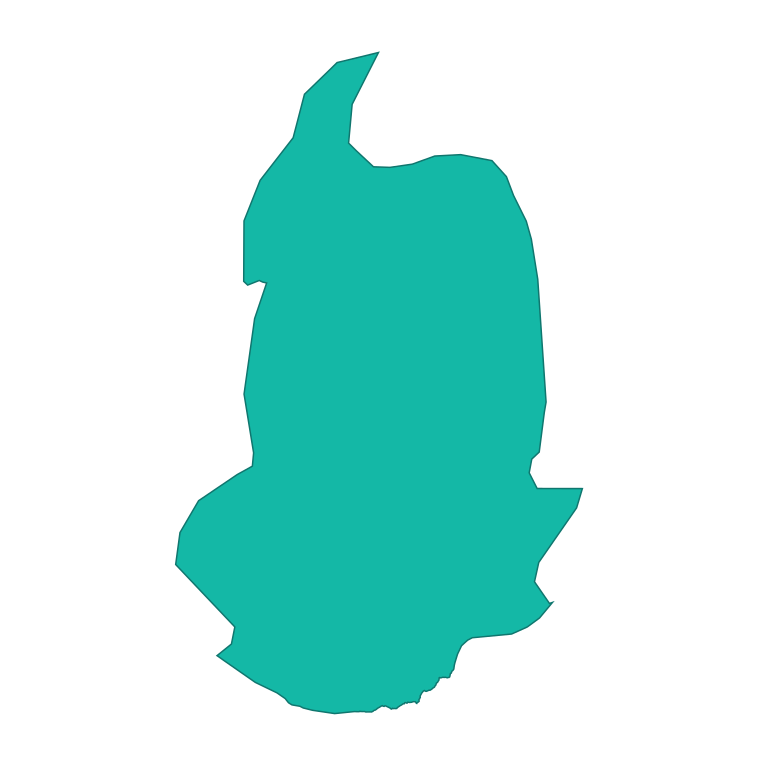 the district of Krachi West, Volta, Ghana, rotated 182°
{"feature_id": "2480657B78422611914106", "entity_name": "Krachi West", "entity_type": "district", "adm_level": 2, "iso_a3": "GHA", "parent_name": "Ghana", "parent_adm1": "Volta", "projection": "robinson", "projection_center": [-0.041, 7.895], "detail": "fine", "context": "isolated", "style": "filled", "palette": "teal", "viewbox_px": 768, "rotation_deg": 182, "n_neighbors": 0, "source": "geoboundaries", "source_scale": "gbopen_adm2", "svg_char_len": 2300}
<svg xmlns="http://www.w3.org/2000/svg" viewBox="0 0 768 768"><g transform="rotate(182 384 384)"><path d="M541.4,106.7L533.0,101.2L502.2,81.3L480.2,71.6L471.8,66.2L468.3,62.1L464.8,60.1L456.8,59.0L453.4,57.4L444.0,55.4L421.8,52.9L402.2,55.6L398.5,55.6L397.3,55.7L396.6,56.1L396.1,55.9L393.9,55.9L392.0,56.0L390.8,55.6L386.7,55.8L385.0,55.8L383.6,56.5L382.7,57.4L381.2,57.9L379.9,58.9L379.4,59.5L377.8,60.5L377.2,60.8L376.4,61.4L375.0,62.3L374.3,62.5L373.8,62.0L372.6,61.8L371.8,62.5L370.8,62.2L366.9,60.5L365.6,59.5L365.0,59.4L364.7,59.8L364.1,60.2L363.5,59.9L362.3,60.1L361.5,60.0L360.8,60.0L359.9,60.2L359.3,61.1L358.2,61.9L356.6,63.1L355.3,63.8L353.8,65.0L352.5,65.2L352.3,65.8L352.0,66.3L351.6,66.4L350.9,66.2L350.4,65.9L349.6,66.0L349.2,66.8L348.9,66.8L348.0,66.7L347.0,66.6L346.3,66.8L345.2,66.9L344.2,67.4L343.3,67.6L342.9,67.5L341.7,67.6L341.2,67.1L340.9,66.7L340.5,66.0L340.1,65.9L339.8,66.7L339.2,67.0L338.2,67.7L337.8,68.3L337.9,68.7L338.1,69.6L337.8,70.3L337.4,70.6L337.3,71.2L336.8,72.0L336.9,72.7L337.0,73.4L335.4,76.6L333.9,78.5L333.0,79.1L332.3,78.6L331.3,78.3L330.7,78.4L328.2,79.6L327.4,79.5L325.7,80.6L324.5,81.8L323.0,82.8L322.5,84.0L321.8,84.7L321.1,87.1L320.1,87.6L319.7,88.6L318.9,89.7L318.7,90.7L318.6,92.3L318.0,92.6L317.5,92.3L316.5,92.4L316.1,92.6L314.8,93.0L313.7,92.8L312.6,93.1L311.0,92.7L310.3,92.6L309.4,93.0L308.8,93.0L308.1,93.6L307.5,97.0L306.6,97.5L306.2,99.2L305.1,100.2L304.3,101.5L303.9,105.4L303.4,107.9L301.3,115.8L301.0,116.8L297.7,124.4L297.4,125.1L294.8,127.7L291.5,130.9L286.9,133.5L247.7,138.6L232.3,146.2L220.4,155.6L208.0,171.6L211.0,170.5L219.5,181.9L226.7,191.6L223.1,211.1L187.2,266.9L182.1,286.4L227.3,284.9L235.8,300.3L233.7,314.1L226.5,321.4L222.8,361.1L221.4,371.6L234.0,494.1L241.8,533.9L247.5,551.7L261.1,576.9L268.9,595.5L283.9,611.0L315.4,615.9L341.2,613.6L363.4,604.7L385.6,600.7L402.1,600.7L419.9,616.2L427.8,623.5L425.6,662.4L401.1,715.1L442.1,703.6L449.7,695.6L473.6,670.8L480.2,641.1L483.4,626.9L514.9,583.2L529.6,542.1L527.8,481.7L523.7,478.1L512.3,483.1L508.7,481.6L504.8,480.9L515.6,444.8L516.2,438.9L519.6,406.3L522.7,376.9L523.5,369.0L511.9,310.6L512.7,297.3L527.5,288.4L565.2,260.9L582.7,228.4L583.6,219.4L585.9,196.3L555.1,166.0L524.6,136.0L527.4,118.8L541.4,106.7Z" fill="#14b8a6" stroke="#0f766e" stroke-width="1.5"/></g></svg>